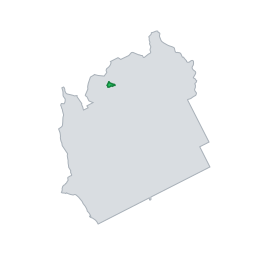 location of Ar Reif Ash Shargi, South Kordufan, Sudan, rotated 153°
{"feature_id": "16777658B25449953916595", "entity_name": "Ar Reif Ash Shargi", "entity_type": "district", "adm_level": 2, "iso_a3": "SDN", "parent_name": "Sudan", "parent_adm1": "South Kordufan", "projection": "mercator", "projection_center": [29.773, 11.191], "detail": "fine", "context": "in_parent", "style": "filled", "palette": "green", "viewbox_px": 256, "rotation_deg": 153, "n_neighbors": 0, "source": "geoboundaries", "source_scale": "gbopen_adm2", "svg_char_len": 4518}
<svg xmlns="http://www.w3.org/2000/svg" viewBox="0 0 256 256"><g transform="rotate(153 128 128)"><path d="M168.7,193.8L166.8,193.8L166.6,193.3L166.6,192.0L166.8,191.1L167.5,189.5L167.4,188.7L167.5,187.4L166.9,186.1L162.2,182.1L161.3,181.0L158.7,180.0L159.2,178.9L158.1,170.8L158.7,169.8L158.8,168.4L158.8,167.2L159.4,165.1L159.5,164.2L154.4,164.1L154.4,165.0L154.6,166.0L154.6,166.4L147.6,166.5L150.4,169.7L150.5,171.0L150.4,172.8L150.4,173.9L150.5,174.6L151.3,176.1L151.3,176.3L151.1,176.7L146.1,180.9L145.3,182.9L144.6,183.9L143.2,185.7L138.6,190.2L137.9,190.5L134.4,190.6L134.1,190.8L133.8,191.0L133.7,190.9L130.7,188.3L125.7,185.1L122.4,186.7L121.5,187.3L121.5,188.9L121.0,189.7L120.1,190.5L117.7,191.0L116.4,191.5L114.9,192.4L113.5,193.8L113.4,194.6L113.5,195.2L105.1,195.2L104.6,194.7L103.3,192.3L102.5,192.4L94.8,192.2L93.7,192.4L91.5,193.4L90.4,193.6L89.3,193.1L85.3,188.4L84.4,187.8L83.5,186.7L82.6,186.2L82.3,185.9L82.3,185.4L82.3,184.3L82.0,183.7L81.4,183.5L76.0,184.6L75.2,184.5L74.0,184.7L73.6,184.9L73.2,185.5L73.1,186.8L73.0,187.4L72.6,188.1L71.0,189.7L70.7,190.4L70.7,192.2L70.6,193.1L70.4,193.5L69.7,194.2L69.5,194.6L69.2,196.8L68.4,198.2L68.2,198.7L68.1,199.6L68.0,199.9L65.6,200.7L64.6,201.2L64.1,202.0L63.9,202.3L62.9,202.0L61.6,201.8L59.0,201.6L58.0,201.2L57.5,200.7L57.7,199.3L57.4,199.0L57.0,198.8L56.7,198.2L56.8,197.5L58.1,195.9L58.4,195.1L58.8,191.1L58.7,189.9L57.6,187.7L55.1,183.9L54.5,183.1L51.5,180.0L51.1,179.5L50.4,178.2L51.2,175.2L51.2,174.4L51.0,173.6L50.2,173.0L49.5,172.9L48.6,172.1L48.0,171.7L47.5,171.1L47.2,170.1L47.4,166.6L47.2,166.2L46.5,166.0L46.3,165.8L46.3,165.1L45.9,163.2L45.4,161.5L45.7,160.6L45.0,159.4L43.7,158.9L41.3,159.3L40.5,159.2L40.0,159.0L39.6,158.5L39.4,158.0L39.6,157.2L40.3,155.7L41.2,154.5L42.9,153.4L43.4,152.8L43.7,152.1L43.7,151.4L43.6,150.6L43.4,149.9L42.9,148.9L42.4,147.8L42.4,147.0L42.6,146.5L43.1,145.8L44.9,144.5L46.7,143.5L47.0,143.1L46.9,142.7L46.0,141.8L45.8,140.1L45.3,138.9L46.2,138.0L46.9,137.6L47.9,137.4L48.4,137.0L48.5,136.3L48.4,135.6L48.8,135.1L49.3,134.0L49.7,133.5L51.1,132.2L51.4,131.4L51.5,130.6L51.1,128.1L51.9,127.1L52.9,126.3L54.4,126.3L56.7,126.1L58.2,125.8L59.3,125.8L61.8,126.3L62.1,126.1L62.2,125.4L62.2,78.7L72.6,78.7L72.7,56.1L138.5,56.1L139.0,56.0L140.0,53.9L140.5,53.7L141.2,53.8L141.4,54.3L140.8,56.1L198.2,56.0L198.3,58.6L198.8,60.7L200.4,63.7L201.8,65.2L202.3,66.1L202.4,66.5L202.3,66.9L201.9,66.5L201.2,66.2L201.1,67.6L201.4,70.4L202.0,72.4L201.6,74.2L201.6,77.3L202.3,81.0L202.2,83.3L203.4,88.8L204.6,91.8L205.2,92.6L205.9,93.0L207.3,93.2L209.3,94.8L210.9,96.4L211.5,97.2L212.3,98.2L212.8,98.0L213.1,97.8L213.6,98.5L216.2,100.1L216.6,100.9L215.6,101.6L214.6,102.9L214.1,104.1L213.8,104.4L213.0,105.2L212.8,105.5L212.4,105.8L212.0,105.8L211.2,106.2L210.4,106.1L209.6,106.3L209.3,106.6L208.7,106.8L207.8,106.9L206.5,107.9L205.4,108.4L205.0,108.8L204.4,110.8L203.9,111.3L202.2,111.4L201.4,111.5L200.2,111.3L199.7,111.4L199.5,111.8L199.3,113.5L199.4,114.2L198.4,116.1L198.7,119.8L197.7,122.5L197.6,123.1L196.7,125.2L196.2,126.0L195.0,130.0L194.5,131.2L193.5,132.5L194.6,142.1L193.7,145.0L193.7,146.6L193.1,148.9L192.7,150.0L191.9,151.3L191.3,152.8L190.7,154.7L190.3,158.3L190.2,158.7L187.1,159.1L186.2,159.4L185.5,159.8L184.8,160.7L183.2,163.3L182.4,164.8L181.1,167.0L179.7,168.5L179.3,169.2L179.1,170.6L178.6,172.8L178.1,174.3L178.1,175.6L177.7,177.7L177.7,178.7L177.2,179.3L176.5,179.9L176.1,180.0L174.0,178.6L172.5,179.6L171.5,181.0L170.8,182.4L171.2,185.3L171.2,186.0L171.0,186.7L169.6,189.6L169.2,190.9L168.8,193.2L168.7,193.8Z" fill="#d9dde1" stroke="#a8b0b8" stroke-width="1"/><path d="M120.4,173.0L120.5,173.1L120.6,173.3L121.0,173.5L121.4,173.9L121.6,174.0L122.0,174.1L122.1,174.3L122.1,174.6L122.2,174.9L122.4,175.0L122.8,175.2L123.1,175.7L123.4,176.2L123.6,176.4L123.7,176.5L123.9,176.7L124.0,176.9L124.0,177.3L123.9,177.4L123.9,177.9L123.9,178.1L123.9,178.4L124.0,178.2L124.2,177.9L124.5,177.6L124.8,177.2L125.2,177.0L125.7,176.6L126.1,176.3L126.3,176.2L126.9,175.7L127.0,175.6L127.3,175.5L127.3,175.4L127.2,175.2L127.1,174.8L127.0,174.7L127.2,174.2L127.2,173.9L127.2,173.7L127.3,173.5L126.9,173.3L126.2,173.0L125.3,173.0L125.2,173.0L124.9,173.1L124.7,173.1L124.4,173.2L124.2,173.3L123.9,173.1L123.7,172.9L123.5,172.7L123.4,172.7L123.2,172.6L122.9,172.5L122.8,172.4L122.7,172.2L122.4,172.3L122.1,172.3L121.9,172.3L121.4,172.3L121.2,172.2L120.9,172.2L120.3,172.2L120.2,172.1L120.1,172.3L120.1,172.5L120.2,172.8L120.3,172.9L120.4,173.0L120.4,173.0Z" fill="#22c55e" stroke="#15803d" stroke-width="1.5"/></g></svg>